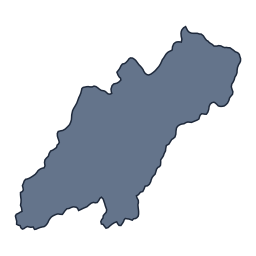 Cachoeira de Pajeú, Minas Gerais, Brazil (Equal Earth projection)
{"feature_id": "56859067B3346078437629", "entity_name": "Cachoeira de Pajeú", "entity_type": "district", "adm_level": 2, "iso_a3": "BRA", "parent_name": "Brazil", "parent_adm1": "Minas Gerais", "projection": "equal_earth", "projection_center": [-41.503, -15.962], "detail": "fine", "context": "isolated", "style": "filled", "palette": "slate", "viewbox_px": 256, "rotation_deg": 0, "n_neighbors": 0, "source": "geoboundaries", "source_scale": "gbopen_adm2", "svg_char_len": 4199}
<svg xmlns="http://www.w3.org/2000/svg" viewBox="0 0 256 256"><path d="M60.4,130.9L58.2,131.5L57.3,133.5L57.4,136.0L57.9,137.9L58.6,139.8L59.3,142.3L58.4,144.0L57.2,145.0L56.5,147.5L54.5,149.0L52.6,150.2L50.6,151.0L49.2,153.4L48.3,156.3L46.4,158.1L45.0,159.8L44.5,162.4L45.0,165.8L44.1,167.8L42.6,168.1L41.1,168.6L39.5,169.5L38.1,170.6L37.1,172.1L35.3,174.3L33.2,175.8L31.4,177.0L29.3,178.2L27.2,179.0L25.6,179.3L24.2,181.0L23.4,183.4L22.4,185.7L23.0,187.8L23.3,190.0L22.4,191.5L20.5,192.5L20.5,194.7L20.7,196.9L21.1,199.7L21.0,202.5L20.5,205.3L21.5,207.8L22.0,211.4L20.2,212.2L18.6,213.2L16.3,214.3L15.4,216.0L15.9,218.1L16.7,221.2L16.6,224.3L18.4,225.2L20.1,225.6L20.9,227.8L22.4,229.1L23.9,228.6L25.2,227.6L27.2,226.5L28.9,226.9L30.6,227.3L33.2,227.0L34.5,229.4L36.0,229.2L37.7,228.4L40.0,227.5L42.4,226.9L44.1,226.6L45.6,225.6L46.9,224.1L48.0,222.3L48.7,220.6L50.1,218.4L51.4,216.9L52.9,215.9L54.5,215.1L56.1,214.4L57.9,213.9L60.1,214.3L62.4,214.4L63.7,212.6L65.1,210.6L66.8,208.8L69.0,208.5L71.1,207.5L73.2,206.8L74.9,207.0L76.4,207.3L77.6,208.3L78.6,210.5L80.8,209.5L83.2,208.3L85.1,207.5L87.0,206.7L88.9,205.0L91.3,203.1L93.4,202.4L95.3,202.8L97.2,202.5L98.8,200.4L99.9,198.3L101.4,197.2L103.2,199.1L104.0,201.6L104.7,203.6L105.3,205.8L106.1,208.0L106.7,209.8L106.2,212.3L104.7,213.9L103.3,215.6L102.9,218.2L101.7,219.6L100.8,221.7L101.4,224.0L103.1,224.4L104.5,226.3L106.0,228.2L108.1,227.6L109.8,226.0L112.1,224.1L114.4,222.7L116.7,221.8L117.6,223.6L119.0,225.4L120.9,225.5L122.4,223.4L123.5,221.6L124.2,219.7L125.3,218.5L127.0,218.8L128.8,219.0L130.6,219.6L132.3,220.2L133.5,218.8L135.6,218.5L137.0,217.6L138.2,216.2L138.6,214.1L138.6,211.5L138.4,209.5L138.1,207.0L137.9,204.7L138.4,202.8L138.3,200.3L137.0,197.9L136.4,195.8L138.4,194.7L140.4,192.2L142.8,191.5L144.0,189.1L145.1,186.2L147.5,185.8L149.4,184.2L150.7,181.7L151.2,179.8L152.1,177.5L153.5,175.7L155.0,174.3L155.8,171.9L156.6,169.1L157.9,167.4L159.5,166.6L160.5,165.2L160.7,162.7L160.7,159.8L162.3,157.6L163.4,155.8L164.1,153.6L165.5,150.9L165.7,148.7L166.3,145.5L168.9,144.1L170.5,141.4L171.7,139.5L173.1,138.6L174.9,137.1L175.8,134.3L176.0,131.1L176.5,128.0L177.6,126.3L179.5,124.9L181.5,124.1L184.1,123.7L185.9,122.6L187.8,122.0L189.7,122.2L191.5,122.4L194.4,121.2L196.9,120.2L198.9,119.0L199.4,117.2L200.1,115.2L201.7,113.7L203.1,113.9L204.9,114.2L206.4,114.2L207.8,112.2L208.7,109.5L209.1,106.5L210.1,104.2L211.9,102.7L213.9,102.2L215.2,102.9L216.8,104.3L218.3,105.9L220.1,106.4L221.8,106.4L224.1,106.0L225.8,104.8L227.5,103.1L228.8,100.6L229.6,97.8L231.1,95.9L232.5,94.3L232.9,91.8L232.0,89.3L231.3,86.8L231.8,84.0L233.2,81.9L234.2,79.7L234.8,77.3L236.2,75.0L237.0,72.7L237.1,70.2L237.5,67.5L238.6,64.7L239.8,62.8L240.5,61.1L240.6,58.7L239.8,56.4L239.3,54.4L237.7,52.7L235.2,51.7L233.3,50.1L231.7,49.0L230.0,47.8L228.0,47.7L226.2,47.4L224.7,47.6L223.0,47.0L220.9,45.9L218.6,45.6L216.9,46.1L214.1,46.1L212.2,44.4L210.5,43.4L209.1,42.4L208.0,41.1L206.6,40.4L205.2,38.7L203.3,35.8L201.2,34.1L199.5,34.0L197.3,33.3L194.9,33.3L193.4,33.3L191.6,33.2L189.3,32.3L187.6,30.6L186.6,28.6L185.6,26.6L183.6,27.8L182.0,29.7L181.3,31.4L181.0,33.3L181.2,36.2L181.9,39.2L181.3,42.1L178.9,41.8L177.0,41.9L175.5,42.4L173.7,43.9L172.5,46.8L172.2,49.9L170.8,50.8L169.2,51.5L167.6,52.5L166.0,54.2L164.5,56.6L163.6,58.1L162.4,59.6L161.5,61.7L160.5,63.9L158.9,66.5L157.4,68.2L156.2,69.6L154.9,71.0L153.0,72.6L150.9,74.1L148.7,75.0L146.9,74.6L145.2,73.4L143.8,71.4L143.1,69.7L142.1,68.2L140.6,66.4L138.8,64.6L137.2,62.4L135.7,60.4L134.3,59.2L132.6,58.1L130.5,57.9L129.1,58.7L127.7,60.7L125.8,62.7L124.4,63.6L122.4,64.0L121.0,65.8L120.2,67.5L119.4,69.0L118.1,70.7L116.9,72.2L118.0,75.0L119.3,77.1L120.5,78.1L120.9,80.0L119.0,81.9L117.1,83.1L115.6,83.5L113.8,83.9L112.1,85.6L111.0,89.1L111.3,91.4L111.7,93.4L110.0,94.2L108.1,93.9L106.9,92.9L105.4,91.5L103.9,90.8L101.3,90.4L99.3,89.1L98.0,88.0L96.0,86.6L94.0,86.1L92.2,86.9L90.0,86.9L88.3,86.6L86.7,86.7L84.8,87.1L83.2,87.4L81.9,88.5L81.4,90.8L80.8,93.1L79.8,95.6L78.8,97.6L77.8,100.4L76.8,103.1L75.0,106.3L73.7,108.4L72.6,110.7L72.1,113.0L71.7,115.0L71.6,117.2L71.4,119.8L70.7,122.1L69.6,124.6L67.8,126.6L65.3,129.0L62.9,130.4L60.4,130.9Z" fill="#64748b" stroke="#1e293b" stroke-width="1.5"/></svg>